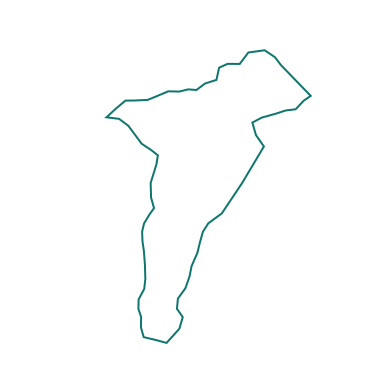 outline of Pedrinhas, Sergipe, Brazil, rotated 101°
{"feature_id": "56859067B11472613057936", "entity_name": "Pedrinhas", "entity_type": "district", "adm_level": 2, "iso_a3": "BRA", "parent_name": "Brazil", "parent_adm1": "Sergipe", "projection": "mercator", "projection_center": [-37.653, -11.205], "detail": "fine", "context": "isolated", "style": "outline", "palette": "teal", "viewbox_px": 384, "rotation_deg": 101, "n_neighbors": 0, "source": "geoboundaries", "source_scale": "gbopen_adm2", "svg_char_len": 962}
<svg xmlns="http://www.w3.org/2000/svg" viewBox="0 0 384 384"><g transform="rotate(101 192 192)"><path d="M345.0,188.2L328.6,178.3L316.6,177.2L309.5,184.5L299.3,185.5L287.7,180.1L275.2,178.3L265.0,178.3L250.6,175.1L240.0,174.6L228.9,173.7L219.6,170.0L213.3,164.2L207.4,158.7L174.1,144.7L133.6,130.1L123.9,140.1L112.3,146.0L105.7,137.8L99.1,124.6L94.1,115.6L91.0,106.0L81.2,99.9L75.0,93.8L50.6,128.7L43.8,136.4L39.0,147.7L44.3,163.3L57.2,169.6L59.4,181.5L64.8,189.1L77.3,189.4L83.0,199.9L91.0,207.1L92.0,215.4L95.8,223.5L97.7,234.5L104.0,243.9L110.0,253.0L113.1,265.6L115.0,274.8L124.4,282.4L135.0,290.2L134.1,277.6L139.1,267.2L146.2,259.4L154.2,250.7L158.5,240.3L162.5,232.5L171.5,232.2L191.1,234.3L205.3,231.1L215.1,226.2L222.3,229.5L232.0,233.1L240.5,233.4L250.2,231.1L258.7,228.1L272.1,224.4L286.3,221.2L296.2,220.4L307.6,223.9L317.0,222.3L324.4,218.1L334.6,216.3L343.7,211.7L344.2,199.0L345.0,188.2Z" fill="none" stroke="#0f766e" stroke-width="2"/></g></svg>